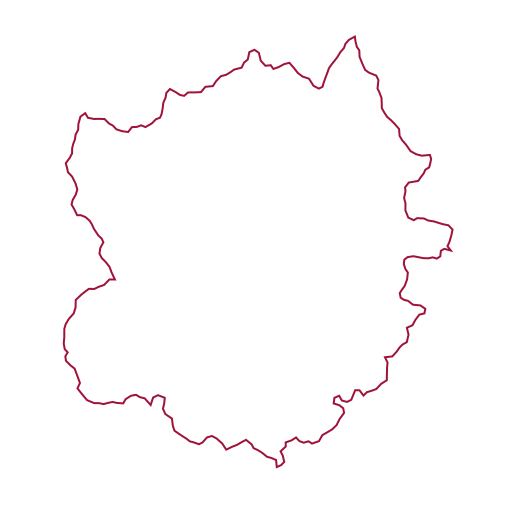 outline of Pilar do Sul, São Paulo, Brazil, rotated 356°
{"feature_id": "56859067B92948515597814", "entity_name": "Pilar do Sul", "entity_type": "district", "adm_level": 2, "iso_a3": "BRA", "parent_name": "Brazil", "parent_adm1": "São Paulo", "projection": "orthographic", "projection_center": [-47.722, -23.858], "detail": "fine", "context": "isolated", "style": "outline", "palette": "rose", "viewbox_px": 512, "rotation_deg": 356, "n_neighbors": 0, "source": "geoboundaries", "source_scale": "gbopen_adm2", "svg_char_len": 3675}
<svg xmlns="http://www.w3.org/2000/svg" viewBox="0 0 512 512"><g transform="rotate(356 256 256)"><path d="M72.7,150.2L73.7,155.2L74.3,159.4L78.0,163.8L81.0,170.9L82.4,177.2L80.6,182.0L77.0,187.4L75.6,191.8L78.0,196.7L80.4,202.8L84.1,203.1L88.5,205.2L92.5,209.2L94.5,213.0L96.2,217.6L100.2,224.6L103.3,227.9L104.7,231.7L101.2,237.2L100.0,242.7L102.0,247.3L105.9,251.8L109.2,256.8L110.7,262.1L113.6,269.6L108.1,269.2L102.4,274.3L96.8,275.8L92.4,277.6L87.0,277.1L83.1,279.6L79.0,282.4L73.1,287.3L72.4,294.8L70.2,300.5L64.8,305.8L61.4,310.7L59.7,315.3L59.1,323.5L58.1,330.0L58.7,335.6L61.4,338.9L58.8,342.8L59.1,347.3L63.4,352.2L67.2,355.7L69.3,362.7L71.5,370.4L68.7,375.6L71.7,380.1L77.4,388.0L84.4,391.5L89.1,391.8L93.5,393.1L98.3,392.2L102.6,391.6L107.2,392.9L113.2,393.8L115.9,389.8L121.5,386.7L126.7,386.1L130.3,388.7L135.0,390.2L140.5,397.3L143.5,390.0L148.5,388.0L155.1,391.1L154.1,396.8L152.5,401.9L154.6,407.4L160.8,412.3L161.2,419.6L162.5,424.6L166.3,427.7L170.9,431.2L173.9,433.4L177.1,436.3L181.0,437.6L186.0,439.8L189.6,438.3L194.5,433.5L199.5,432.5L204.1,435.4L209.3,440.8L212.8,447.1L219.0,444.6L223.9,443.1L228.7,440.7L233.2,438.7L238.5,443.6L240.2,447.5L244.2,449.7L248.7,453.0L252.9,457.0L257.1,458.5L261.8,460.9L262.0,468.0L266.4,466.4L269.8,463.4L268.8,457.0L266.9,452.6L272.4,448.1L272.6,444.0L278.6,442.4L283.3,439.8L286.3,443.6L290.6,445.6L295.4,444.5L298.8,447.0L305.9,445.1L309.7,439.3L314.1,437.2L319.8,434.3L324.6,430.3L328.0,424.5L332.9,418.7L332.4,414.0L328.8,410.7L323.2,408.5L324.3,403.0L329.2,401.2L331.6,406.2L336.7,407.9L341.0,406.1L345.6,396.8L349.9,397.2L353.5,402.7L357.1,399.6L362.7,398.3L366.7,397.1L372.0,392.2L377.8,389.1L378.5,381.4L379.0,376.1L379.8,371.5L377.6,366.0L384.9,365.7L389.4,361.5L393.2,356.9L396.1,354.5L400.4,352.5L402.7,345.0L401.5,338.1L407.3,336.0L410.5,330.9L414.8,325.9L420.0,325.0L421.2,320.5L416.6,316.8L409.1,315.5L404.5,311.3L400.8,310.2L397.4,307.7L396.8,303.1L399.2,299.8L402.2,296.3L405.1,289.9L406.3,283.1L404.1,279.3L402.9,274.2L403.7,270.0L407.1,267.7L413.0,267.2L422.8,269.8L427.7,270.3L432.2,269.7L436.2,271.2L439.8,269.2L440.8,263.7L444.3,262.0L450.7,264.1L447.7,259.6L449.9,255.5L452.2,249.4L453.9,243.4L450.1,238.8L444.3,237.2L435.8,233.9L430.2,232.6L426.2,230.3L419.3,229.5L415.9,231.3L410.6,228.3L408.2,220.9L408.8,214.2L407.8,208.5L409.6,202.0L409.5,197.9L413.5,193.4L418.4,192.9L423.1,192.4L426.0,188.7L429.0,185.4L431.0,181.7L434.9,179.7L436.3,175.7L437.5,171.3L436.5,167.3L428.4,167.5L423.0,165.7L417.5,162.2L413.3,155.2L409.9,150.8L407.6,146.1L407.6,139.3L403.6,134.0L400.2,130.0L396.5,126.3L394.0,121.9L391.8,117.2L392.1,112.6L392.2,106.9L390.4,101.1L388.9,97.4L390.4,89.0L388.5,84.4L381.5,81.0L377.9,78.0L375.6,71.9L373.2,64.5L373.4,58.1L371.2,54.4L370.2,48.9L369.9,44.0L363.7,46.9L360.0,50.6L358.3,54.6L354.4,58.5L351.1,63.2L347.9,66.8L344.9,70.0L341.8,73.8L340.1,77.9L337.8,82.8L335.5,88.1L334.2,91.8L330.4,93.4L325.3,90.3L321.2,82.8L314.9,80.2L310.4,76.2L306.9,71.0L302.8,65.6L297.6,66.5L291.8,69.1L286.4,70.6L284.0,66.7L278.7,66.9L274.4,61.6L273.0,53.5L268.9,50.2L263.6,52.1L261.5,59.4L257.5,62.3L254.8,67.1L247.2,68.5L243.1,71.0L239.0,73.1L233.5,74.2L228.4,78.8L224.8,83.5L217.3,83.7L212.5,88.7L206.0,88.5L199.6,88.1L195.5,91.2L191.5,90.1L187.3,86.9L181.8,83.4L178.0,87.0L176.8,91.8L174.3,96.5L172.9,103.4L171.7,107.9L169.8,111.4L165.7,112.6L161.3,116.5L154.7,119.7L150.5,117.6L146.3,118.9L141.2,118.8L137.1,123.4L131.0,122.1L125.6,119.9L122.3,115.9L118.5,113.5L114.5,108.8L108.4,108.2L103.9,108.0L98.0,106.4L95.6,101.6L90.6,104.7L88.0,112.0L87.4,117.7L84.5,122.3L83.5,127.1L81.5,131.4L80.1,135.7L79.7,140.8L77.1,145.0L72.7,150.2Z" fill="none" stroke="#9f1239" stroke-width="2"/></g></svg>